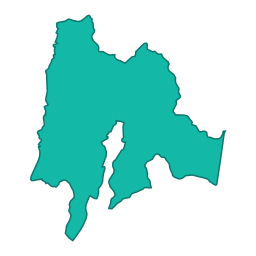 the border of Cundinamarca
{"feature_id": "COL-1398", "entity_name": "Cundinamarca", "entity_type": "Department", "adm_level": 1, "iso_a3": "COL", "parent_name": "Colombia", "parent_adm1": "", "projection": "orthographic", "projection_center": [-74.139, 4.765], "detail": "fine", "context": "isolated", "style": "filled", "palette": "teal", "viewbox_px": 256, "rotation_deg": 0, "n_neighbors": 0, "source": "natural_earth", "source_scale": "10m", "svg_char_len": 5369}
<svg xmlns="http://www.w3.org/2000/svg" viewBox="0 0 256 256"><path d="M72.8,240.6L68.9,237.8L65.4,233.4L66.7,225.6L69.5,220.5L70.5,217.9L70.9,215.9L70.9,214.6L68.8,210.9L70.0,206.8L69.3,205.0L69.5,203.7L70.0,202.4L70.6,201.0L72.1,199.6L72.6,199.1L74.0,197.5L74.2,195.1L73.6,192.4L73.4,191.2L72.7,189.6L72.0,188.6L69.6,183.5L67.7,182.0L66.9,181.2L66.3,180.6L65.3,180.1L64.6,180.1L63.5,180.3L60.7,181.4L59.8,181.9L59.2,182.6L58.7,184.2L58.3,184.8L57.8,185.3L56.9,186.4L56.3,186.8L55.8,187.0L55.2,186.6L54.5,186.5L53.4,186.7L52.2,186.5L51.0,186.0L47.6,182.9L45.8,183.5L45.1,181.9L44.7,181.6L42.2,180.3L42.1,179.1L39.5,179.5L37.2,179.7L34.1,180.5L31.9,180.6L30.7,179.5L31.2,176.3L38.7,159.7L39.8,155.6L39.9,151.4L38.5,146.8L40.0,146.4L39.8,145.8L38.5,144.7L39.2,143.3L41.0,141.2L41.4,140.0L41.1,139.2L40.5,138.9L39.8,138.7L39.2,138.1L39.1,137.3L39.2,136.7L39.3,136.3L39.3,136.0L37.8,133.7L37.5,132.5L38.2,131.2L39.3,130.5L40.7,130.1L41.8,129.5L42.2,128.3L42.5,127.2L43.9,125.7L44.4,124.3L43.6,119.2L43.5,117.6L43.8,116.2L44.5,115.2L45.8,114.8L45.3,113.9L45.4,113.1L45.7,112.3L45.8,111.2L44.5,107.6L44.4,106.8L45.1,106.3L47.4,105.2L48.0,104.6L47.7,103.9L46.2,101.4L45.8,100.3L45.9,98.1L47.3,91.6L46.6,74.4L45.9,72.2L45.7,71.0L46.2,70.4L46.8,70.1L48.4,68.5L48.8,68.0L49.2,65.9L51.2,62.3L52.0,59.5L52.8,58.8L53.5,58.3L53.9,57.7L53.4,55.4L53.7,54.7L55.3,54.4L54.7,52.8L54.4,50.8L54.6,48.8L55.3,47.2L53.9,46.8L53.2,45.8L53.5,44.7L54.9,44.3L56.7,44.0L57.4,43.3L56.9,42.6L55.3,42.1L57.1,37.5L57.7,34.7L57.1,33.4L56.2,33.0L56.4,32.1L57.1,31.0L57.7,29.6L58.1,29.0L58.3,28.5L57.5,28.1L57.2,27.7L56.9,27.2L56.8,26.8L56.8,23.2L58.5,22.4L64.2,21.4L66.7,20.3L68.0,19.3L68.7,19.2L70.5,19.5L72.1,20.2L73.6,20.6L78.5,21.6L81.1,20.9L82.1,20.1L83.6,19.1L86.8,16.4L88.3,15.4L89.2,15.4L89.9,16.1L90.2,16.8L90.4,17.3L90.6,17.8L90.9,18.2L91.3,18.5L91.8,18.6L92.0,18.9L92.1,19.3L91.9,19.9L91.9,20.9L92.1,21.9L92.9,23.0L93.1,23.8L93.2,25.1L93.1,27.0L93.6,28.6L94.4,29.7L94.6,30.7L94.3,32.0L93.3,33.2L92.0,35.6L91.8,36.9L91.9,37.9L93.4,40.9L97.9,45.3L98.7,47.4L98.7,48.1L98.5,50.1L98.6,51.0L99.3,51.7L100.6,51.6L103.0,51.7L106.4,53.6L108.3,54.6L109.5,55.0L114.7,54.7L114.6,56.9L115.7,58.5L116.8,59.5L118.5,60.4L120.1,60.6L125.0,63.3L131.9,57.0L134.9,56.2L135.7,53.9L135.7,51.9L141.6,45.9L143.9,43.8L144.9,43.4L145.9,43.2L146.4,43.2L147.1,43.8L147.1,49.2L152.6,51.8L154.8,51.3L157.2,53.6L158.9,54.2L160.2,54.2L161.0,54.0L161.6,54.1L161.8,55.1L162.9,57.3L167.3,61.3L168.3,62.0L168.4,63.0L169.1,64.0L168.5,65.3L168.0,66.9L168.0,68.0L168.4,69.5L168.9,70.7L171.7,72.9L173.5,74.4L174.0,75.0L175.6,77.9L175.3,80.7L176.0,83.5L178.7,88.0L179.0,89.2L178.5,90.8L178.8,93.0L180.5,96.1L180.2,97.5L176.1,100.5L176.4,104.0L173.2,110.2L173.2,111.6L175.5,114.9L184.2,115.1L187.3,116.0L188.2,116.7L189.8,119.2L191.4,121.0L192.2,122.2L191.7,123.8L191.9,124.5L196.0,126.0L198.1,129.7L198.7,130.8L199.5,131.7L200.8,131.9L202.7,131.3L203.7,131.2L204.7,131.3L205.7,131.6L206.7,132.4L207.1,135.4L207.8,137.2L210.2,137.3L214.5,139.0L218.9,138.7L220.3,137.9L221.1,137.1L221.4,136.3L222.7,134.1L223.0,133.5L223.0,132.9L222.9,132.4L223.1,131.8L223.7,131.2L225.3,131.1L224.2,133.0L220.7,158.2L217.2,181.2L216.9,183.7L216.4,184.8L215.7,185.1L214.0,184.4L211.3,182.5L210.0,181.8L209.5,181.4L208.9,180.1L207.6,179.1L205.2,178.2L192.2,175.0L185.6,175.7L182.8,177.9L181.1,178.6L179.4,178.9L177.9,178.6L176.7,178.0L175.1,177.4L173.9,176.7L173.0,175.9L172.5,175.2L172.4,173.9L170.1,168.8L169.5,165.9L169.4,164.5L169.0,163.5L167.5,161.5L166.2,160.1L165.0,157.9L164.1,157.4L163.1,157.2L161.6,157.2L160.5,156.3L160.1,155.6L159.3,154.8L158.2,154.2L157.1,153.9L155.8,154.2L154.8,155.2L153.2,157.6L152.6,159.0L150.2,160.3L147.6,161.5L146.9,162.0L145.8,163.5L145.1,164.5L144.9,166.8L146.3,168.2L147.6,174.0L147.3,175.9L147.4,177.0L147.6,178.1L149.2,179.8L150.1,181.5L150.1,183.0L150.3,184.2L151.3,187.8L148.3,187.8L147.1,187.6L144.7,187.6L143.7,188.3L142.8,189.2L135.6,192.4L133.6,192.8L131.3,194.1L130.3,196.2L129.3,197.4L127.5,197.9L126.0,198.0L124.5,198.3L122.7,199.2L121.0,201.1L117.1,203.6L112.0,208.7L108.7,208.5L110.7,203.2L111.0,199.9L111.4,199.0L112.1,198.3L113.2,197.6L114.1,196.7L115.0,195.2L115.1,194.2L114.1,191.9L112.9,190.0L110.3,187.0L108.9,182.8L108.9,181.2L109.3,179.8L113.7,172.9L114.2,169.7L113.8,168.9L112.8,166.3L112.8,163.6L113.2,162.2L113.8,161.1L115.7,159.7L117.0,157.4L118.2,155.6L121.4,150.5L122.0,149.9L123.6,149.1L125.6,142.1L123.6,142.3L122.0,141.0L121.8,140.2L121.9,139.4L122.3,138.8L123.4,138.0L123.6,136.9L123.4,135.9L123.1,127.3L123.3,125.3L123.9,122.7L120.9,121.4L119.0,121.1L118.0,121.2L116.5,120.5L116.1,120.8L116.3,121.3L116.5,121.7L116.4,122.9L116.1,123.6L115.5,124.5L114.1,125.2L113.3,126.0L111.2,131.1L110.9,131.7L109.1,132.1L108.5,133.7L106.6,135.0L106.7,135.9L106.7,136.3L106.6,136.7L106.8,136.8L107.2,136.7L107.7,136.7L108.0,137.0L108.0,137.5L107.5,138.4L106.9,139.0L104.1,140.3L101.3,142.5L102.6,144.9L103.2,145.5L103.8,145.8L104.5,146.4L105.1,147.5L106.3,151.9L106.1,156.1L102.2,166.9L104.4,166.7L104.8,167.4L104.8,169.2L103.6,173.1L102.7,178.7L102.7,180.4L102.4,182.0L101.8,183.7L100.6,185.9L98.5,188.4L98.6,193.0L97.3,197.6L96.9,198.5L96.2,198.8L93.6,198.0L92.5,197.4L90.3,195.8L89.4,196.5L88.9,197.3L85.7,205.7L85.8,207.9L85.8,209.0L85.9,210.6L86.7,212.7L86.8,213.8L86.8,215.1L86.5,216.8L85.9,218.9L83.2,225.0L80.5,229.9L72.8,240.6Z" fill="#14b8a6" stroke="#0f766e" stroke-width="1.5"/></svg>